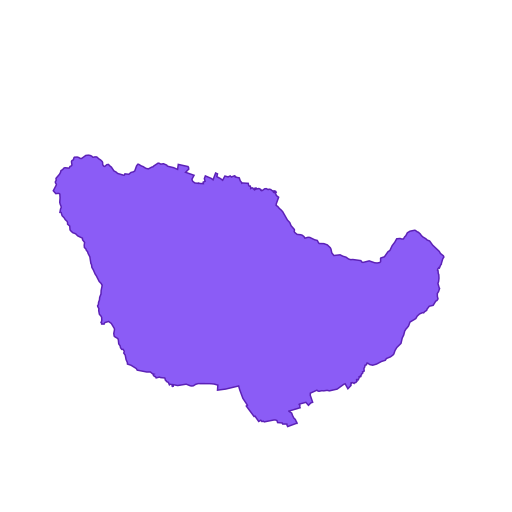 the district of Bretea Romana, Hunedoara, Romania, rotated 154°
{"feature_id": "2599482B96902853803032", "entity_name": "Bretea Romana", "entity_type": "district", "adm_level": 2, "iso_a3": "ROU", "parent_name": "Romania", "parent_adm1": "Hunedoara", "projection": "albers", "projection_center": [23.022, 45.65], "detail": "fine", "context": "isolated", "style": "filled", "palette": "violet", "viewbox_px": 512, "rotation_deg": 154, "n_neighbors": 0, "source": "geoboundaries", "source_scale": "gbopen_adm2", "svg_char_len": 6081}
<svg xmlns="http://www.w3.org/2000/svg" viewBox="0 0 512 512"><g transform="rotate(154 256 256)"><path d="M379.7,422.4L380.5,421.7L381.5,418.6L382.2,418.0L384.0,418.0L385.0,417.1L385.7,417.0L389.0,419.1L390.2,419.2L391.7,418.5L393.9,418.2L395.1,416.8L396.8,415.6L401.7,413.5L402.4,411.6L403.7,410.8L404.2,409.8L404.0,408.3L404.2,407.5L409.6,403.5L408.6,399.8L406.3,399.0L405.3,398.2L405.2,397.6L406.6,394.2L408.9,390.2L409.3,388.1L409.4,386.2L409.8,385.0L411.1,383.9L413.0,381.3L412.5,381.2L412.1,380.5L412.6,377.2L411.7,374.5L411.5,372.3L410.6,369.9L410.7,368.7L411.4,367.2L410.3,364.6L411.7,361.0L411.3,359.3L410.5,357.3L408.4,355.1L407.4,352.2L404.2,348.1L404.8,346.6L404.1,343.4L405.7,341.0L406.5,338.9L405.8,336.8L406.0,335.4L405.5,333.7L405.8,331.9L405.7,328.1L407.7,321.6L407.6,320.4L408.5,317.7L408.3,314.7L408.5,310.2L408.2,308.2L408.1,301.8L407.1,298.8L407.3,297.9L407.0,297.2L410.3,292.9L412.0,289.8L414.6,287.4L416.0,285.1L417.8,283.4L418.9,281.5L420.2,280.7L420.4,279.9L420.3,277.6L421.3,275.9L422.3,272.3L421.6,269.6L421.7,268.3L423.0,265.5L424.5,264.1L424.1,263.3L424.5,262.5L422.4,261.4L422.0,261.9L420.9,262.4L417.2,261.8L415.6,258.8L415.1,252.9L415.5,251.8L417.8,248.7L418.6,246.2L418.3,245.3L416.4,242.4L416.5,241.0L417.9,237.2L417.5,234.8L418.0,233.0L417.6,230.9L416.4,230.4L416.2,228.9L416.3,227.8L417.4,226.8L417.0,224.2L418.2,219.8L418.3,216.7L418.9,215.2L416.3,212.7L413.4,208.1L412.9,207.2L412.8,205.5L405.0,199.6L401.8,198.1L400.6,195.4L399.8,194.7L400.2,194.7L400.5,194.0L400.4,193.1L399.8,192.0L399.2,191.7L399.2,190.2L395.9,189.5L395.0,188.5L391.5,186.4L391.4,186.0L391.9,184.3L391.4,183.3L391.5,182.5L390.2,180.8L390.3,178.3L389.7,178.6L387.2,176.7L387.3,176.2L388.4,175.9L388.3,175.4L387.5,175.2L386.8,176.1L386.7,176.6L383.2,173.9L374.9,171.4L372.0,168.2L370.7,167.3L369.2,166.8L366.5,167.1L364.0,166.7L352.7,161.1L349.8,159.3L346.9,156.7L349.4,152.3L341.6,149.7L328.6,146.8L329.3,142.8L330.2,133.7L329.1,125.7L330.5,125.4L328.1,112.6L327.1,112.5L326.1,106.1L323.7,106.3L323.2,104.6L321.8,104.3L321.3,103.3L311.6,100.7L310.3,100.0L309.3,98.9L309.6,96.8L305.7,94.5L305.7,93.3L301.9,91.4L302.3,90.4L302.3,88.8L293.2,87.9L292.5,87.6L292.2,88.6L292.4,89.2L292.3,91.9L293.0,93.6L293.1,96.5L292.8,99.2L294.6,102.1L295.1,102.3L282.9,100.3L282.9,101.0L282.0,102.6L282.3,103.7L282.0,103.9L275.3,102.6L274.3,98.8L271.2,99.9L269.2,99.7L268.3,107.0L267.3,108.9L260.1,108.7L259.6,107.6L258.7,106.8L255.9,106.1L254.2,105.1L251.0,104.1L249.1,102.6L241.4,100.8L233.4,102.2L231.9,102.1L231.6,96.4L227.4,98.0L227.5,98.7L226.3,99.4L226.4,100.2L226.1,100.3L224.9,100.0L223.7,98.5L223.3,98.9L221.8,98.5L220.0,99.3L220.2,99.6L219.8,100.8L219.3,100.8L218.3,99.9L216.2,101.8L216.2,102.3L215.7,102.3L215.2,101.7L214.6,101.7L214.3,102.6L213.2,103.0L212.9,103.7L211.2,104.1L211.0,105.2L209.2,105.2L208.3,107.6L206.8,108.7L205.9,110.0L204.4,109.8L203.2,111.1L202.5,110.7L201.4,108.6L199.0,106.7L195.0,106.0L189.5,106.2L185.5,105.6L183.7,106.7L179.3,106.4L176.2,107.0L175.1,107.5L172.5,110.1L169.6,112.0L164.0,113.9L160.5,118.2L157.9,120.2L155.2,123.4L152.5,125.0L152.1,125.0L149.6,126.2L146.6,129.1L139.8,129.7L137.5,131.3L134.5,132.2L131.3,132.1L130.2,131.4L129.0,132.0L126.5,132.3L125.5,133.3L122.3,134.9L118.4,134.0L114.3,136.6L112.8,136.7L111.2,137.7L110.7,140.2L109.5,142.8L107.4,144.1L105.2,146.4L105.3,147.1L104.5,151.6L103.1,153.0L101.3,155.8L99.9,159.1L99.8,160.5L98.8,163.1L99.1,163.7L98.3,164.6L96.9,165.3L96.6,164.9L96.4,165.3L96.1,165.1L94.1,166.9L93.0,167.4L92.6,168.1L89.4,171.6L87.6,172.7L87.5,174.0L89.1,177.4L89.3,179.9L92.5,188.4L93.3,193.1L93.6,193.7L95.1,195.2L95.8,197.1L97.7,200.0L98.4,201.9L98.7,203.8L99.7,206.3L100.4,206.9L101.5,209.1L102.1,209.6L106.7,210.8L109.8,210.5L112.5,208.5L114.1,208.0L116.0,206.7L117.6,207.4L118.8,208.6L122.0,209.8L125.3,207.5L129.1,205.6L133.2,202.3L135.5,202.0L140.9,199.0L144.8,199.5L145.1,199.2L146.3,196.6L146.7,196.2L147.7,195.9L150.2,196.6L152.3,197.9L156.4,202.0L162.6,203.3L163.4,203.9L163.8,205.9L170.5,210.4L172.5,211.2L174.1,212.7L175.6,215.5L178.0,217.7L179.9,220.2L185.8,222.3L186.5,225.6L185.6,229.3L185.6,230.8L187.0,234.7L189.6,237.4L193.7,239.5L194.0,240.5L194.1,243.1L196.2,244.9L199.5,249.1L201.0,250.0L204.2,250.6L204.4,252.5L205.4,254.5L206.6,255.6L209.6,257.4L210.9,260.3L210.9,261.3L210.1,262.4L209.9,263.1L211.2,267.9L211.0,271.3L212.0,274.6L212.6,284.2L213.4,286.8L214.1,288.3L214.7,290.8L215.7,292.7L214.9,294.0L209.9,298.9L211.0,301.0L211.2,301.9L211.0,302.8L211.2,303.7L211.1,304.1L209.9,304.4L210.0,305.6L211.0,306.5L211.5,305.3L212.0,305.2L212.3,305.6L212.4,307.2L213.0,307.9L213.6,309.3L214.9,310.3L216.0,310.4L217.3,312.1L218.8,312.6L221.6,312.1L222.4,312.3L222.8,312.8L222.4,313.1L222.7,314.0L223.8,315.4L226.0,316.0L226.0,316.9L227.0,317.4L227.3,317.4L227.2,316.2L228.3,316.0L228.9,317.4L229.1,318.6L229.8,319.0L231.2,319.0L230.7,320.0L230.5,321.4L231.4,321.7L231.6,322.8L231.1,324.7L236.2,327.6L236.8,327.6L236.7,328.4L237.2,330.4L236.8,333.6L239.2,335.4L239.3,335.8L240.0,336.0L239.7,336.8L240.1,337.5L243.5,337.8L244.1,339.3L246.4,339.3L248.9,341.5L252.8,338.7L253.9,341.0L256.4,344.5L254.6,346.7L255.9,348.3L261.2,343.3L262.0,345.1L266.4,350.2L268.5,348.2L269.0,345.5L271.2,345.5L271.6,344.1L274.5,345.7L275.7,346.8L275.9,346.5L278.9,348.4L280.2,350.9L279.9,353.1L276.3,355.7L282.6,362.1L278.3,363.6L278.1,364.7L277.8,365.1L277.9,366.2L285.7,372.4L288.5,368.2L291.3,371.5L295.8,375.2L296.3,375.9L296.4,376.8L298.7,379.5L301.3,380.3L302.3,381.7L303.3,382.4L308.6,381.7L309.6,381.3L310.5,381.6L314.6,381.5L316.6,383.1L318.3,385.9L319.5,387.1L321.3,389.9L322.0,390.3L323.9,389.3L327.7,385.6L329.3,385.4L331.8,385.9L334.5,385.2L337.8,387.3L338.7,386.5L339.3,386.4L344.2,390.9L344.9,392.7L346.4,394.8L347.0,399.3L347.7,400.6L348.5,403.0L350.0,403.5L352.7,402.8L353.6,403.7L353.7,405.5L352.9,407.1L352.8,408.3L353.6,410.5L354.6,412.1L355.7,414.8L357.3,415.7L358.8,416.0L359.5,416.5L359.9,417.8L361.0,419.1L362.4,420.1L364.9,421.0L370.0,420.1L371.4,420.9L372.1,422.2L373.3,423.3L375.9,424.4L376.7,424.0L377.9,422.6L379.7,422.4Z" fill="#8b5cf6" stroke="#5b21b6" stroke-width="1.5"/></g></svg>